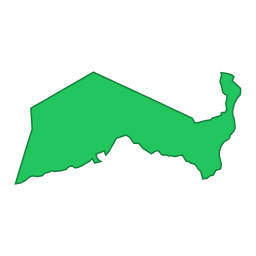 outline of Tamandaré, Pernambuco, Brazil
{"feature_id": "56859067B61914387336292", "entity_name": "Tamandaré", "entity_type": "district", "adm_level": 2, "iso_a3": "BRA", "parent_name": "Brazil", "parent_adm1": "Pernambuco", "projection": "natural_earth1", "projection_center": [-35.18, -8.746], "detail": "fine", "context": "isolated", "style": "filled", "palette": "green", "viewbox_px": 256, "rotation_deg": 0, "n_neighbors": 0, "source": "geoboundaries", "source_scale": "gbopen_adm2", "svg_char_len": 1686}
<svg xmlns="http://www.w3.org/2000/svg" viewBox="0 0 256 256"><path d="M15.4,183.8L20.8,182.9L26.1,179.9L28.8,177.4L32.0,175.9L37.8,176.5L42.5,175.6L44.8,173.1L48.7,172.3L51.7,170.7L53.9,171.4L61.6,170.7L66.1,169.3L68.7,166.8L71.7,165.8L75.2,167.9L78.5,167.2L82.1,165.6L89.7,161.1L92.1,158.5L94.7,163.0L100.9,161.5L98.7,160.0L96.9,158.0L96.1,154.0L98.5,153.1L101.4,152.1L104.2,150.8L105.8,155.1L109.0,151.4L116.4,138.3L126.2,135.0L129.7,137.4L131.6,140.1L133.8,143.2L138.8,143.4L143.2,148.6L148.1,151.6L151.4,153.8L156.0,150.8L158.6,150.9L161.0,154.0L163.3,155.3L165.9,154.8L168.7,156.0L171.1,155.6L174.5,156.7L180.0,155.3L182.6,155.3L184.0,157.8L186.1,161.1L188.9,161.7L190.9,163.3L194.4,164.0L196.6,166.2L197.8,168.5L200.8,171.7L201.7,174.8L202.9,179.0L206.8,178.4L210.0,175.8L213.3,175.1L215.8,170.4L220.6,168.8L221.3,163.9L220.3,160.0L219.3,155.6L219.3,152.1L220.0,149.0L221.5,145.4L224.1,141.9L226.4,140.4L229.0,138.7L230.5,134.9L233.6,131.3L235.1,128.2L234.8,124.4L234.1,118.6L232.7,114.8L232.6,110.9L233.7,105.9L234.7,102.9L236.1,100.4L237.5,97.8L240.2,94.8L240.6,91.1L240.5,88.4L238.2,86.2L235.6,83.8L232.4,81.1L233.9,76.6L231.9,75.1L227.7,73.6L221.1,72.7L221.6,75.4L220.7,78.2L220.1,82.1L221.5,85.9L222.2,88.8L222.7,92.2L224.7,94.2L227.1,95.1L226.8,99.3L225.8,103.2L226.2,106.2L226.8,109.7L225.0,112.4L221.6,112.6L220.8,115.4L218.6,116.3L215.2,117.3L212.7,117.9L210.5,119.9L205.2,120.7L201.6,121.7L198.1,122.7L194.6,122.7L192.3,118.3L167.2,106.5L164.6,105.2L152.2,99.4L149.7,98.2L147.2,97.1L93.4,72.2L89.0,74.7L85.6,76.7L82.0,78.8L66.8,87.5L53.5,95.2L43.6,101.0L35.0,105.8L30.9,108.3L32.2,129.0L25.9,149.2L15.4,183.8Z" fill="#22c55e" stroke="#15803d" stroke-width="1.5"/></svg>